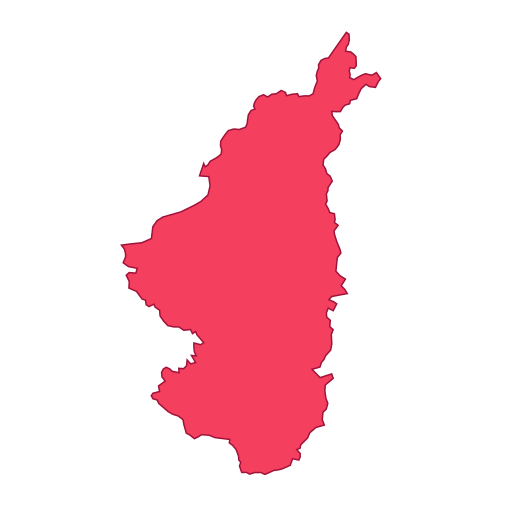 the district of Salto do Jacuí, Rio Grande do Sul, Brazil, rotated 267°
{"feature_id": "56859067B37643782089804", "entity_name": "Salto do Jacuí", "entity_type": "district", "adm_level": 2, "iso_a3": "BRA", "parent_name": "Brazil", "parent_adm1": "Rio Grande do Sul", "projection": "robinson", "projection_center": [-53.231, -29.069], "detail": "fine", "context": "isolated", "style": "filled", "palette": "rose", "viewbox_px": 512, "rotation_deg": 267, "n_neighbors": 0, "source": "geoboundaries", "source_scale": "gbopen_adm2", "svg_char_len": 3392}
<svg xmlns="http://www.w3.org/2000/svg" viewBox="0 0 512 512"><g transform="rotate(267 256 256)"><path d="M474.6,357.9L450.0,338.7L449.6,334.9L447.9,331.1L443.7,328.4L440.5,328.5L437.2,326.9L433.1,325.6L427.5,326.4L422.6,324.1L418.7,322.6L415.0,321.5L413.1,317.5L413.4,312.6L412.9,307.3L415.9,305.9L415.6,300.1L414.5,294.9L417.8,294.0L420.0,289.8L417.0,284.9L416.7,280.2L414.2,276.0L416.7,271.9L415.0,267.3L412.0,264.3L409.0,262.5L405.8,261.4L402.9,262.7L401.5,258.6L397.5,255.8L392.5,254.7L389.0,254.2L385.2,252.4L383.2,246.0L384.0,240.5L382.7,235.0L379.7,232.2L376.2,229.4L372.5,226.8L367.9,226.3L363.9,227.3L359.6,226.5L357.6,223.9L355.5,220.4L353.0,215.2L349.4,212.7L347.8,209.7L351.1,208.6L339.0,203.8L337.8,213.0L328.4,213.8L319.4,211.2L313.2,203.6L309.6,196.4L303.9,183.0L299.8,165.0L296.4,159.0L290.6,154.5L278.9,152.5L275.2,142.6L274.6,130.9L273.9,122.2L269.7,125.0L264.9,125.9L261.9,125.7L256.2,123.0L252.1,128.1L249.9,136.8L245.2,135.1L246.1,128.5L243.6,125.4L237.2,128.1L230.6,127.4L227.0,134.7L219.0,140.0L217.7,143.3L213.0,143.8L211.1,146.6L213.2,151.5L210.2,152.6L206.9,156.9L201.1,157.1L195.6,160.5L191.1,164.3L189.5,170.2L189.2,175.3L185.6,180.0L186.0,186.8L181.8,188.5L183.7,191.7L180.4,192.9L172.2,199.2L170.3,196.1L172.4,189.4L167.9,189.2L163.6,189.4L159.4,191.0L160.1,186.3L152.7,190.1L151.7,185.1L155.8,181.8L150.0,180.9L147.3,177.8L147.9,173.0L143.5,173.1L145.2,166.4L147.8,163.9L149.6,160.5L147.9,157.4L144.6,155.6L140.2,155.8L135.8,158.7L131.4,151.9L125.7,152.6L124.4,146.0L122.0,144.1L118.8,145.6L117.4,149.7L113.8,151.2L105.3,160.0L102.3,164.6L100.4,169.8L96.4,174.5L91.3,175.2L82.8,177.1L80.6,180.7L76.8,184.9L78.4,188.8L80.4,192.3L79.5,199.7L76.8,205.5L74.2,220.2L70.7,219.6L68.3,222.6L63.8,226.0L57.0,228.1L53.3,228.1L50.8,230.0L47.2,228.5L40.6,230.4L40.4,235.2L38.5,238.1L39.8,243.3L39.5,249.6L37.4,253.4L39.0,257.8L40.9,262.4L41.2,266.4L41.9,270.4L43.6,275.2L45.3,279.3L51.6,281.9L50.0,288.1L53.0,289.6L56.5,289.8L60.5,286.5L61.8,290.0L65.0,290.7L71.6,298.0L76.7,300.5L81.6,306.8L83.6,315.4L89.1,313.6L96.4,314.7L99.5,318.2L105.2,320.0L110.0,318.4L117.5,317.7L123.5,318.4L129.8,326.7L134.3,325.4L131.2,313.6L137.4,308.2L140.0,306.0L140.8,310.0L141.8,314.1L146.4,315.8L149.0,318.4L152.8,320.3L158.1,325.6L164.2,327.1L173.7,327.1L178.4,329.2L181.7,325.9L187.8,326.9L191.3,323.4L195.5,323.3L200.2,325.4L197.3,330.2L204.0,334.1L206.3,331.1L208.5,326.5L211.6,329.5L213.7,345.2L218.0,342.9L221.8,339.5L228.2,344.1L231.9,338.9L236.6,335.0L250.1,337.1L254.5,340.9L257.6,340.4L266.2,337.4L272.7,335.7L276.9,335.2L282.4,339.6L285.3,336.1L288.2,336.9L294.1,336.5L295.5,332.0L299.9,330.4L304.3,328.2L307.2,329.9L314.4,329.5L317.6,331.3L320.5,331.5L326.8,336.1L332.0,334.1L334.5,331.1L339.6,329.9L343.3,327.7L349.1,328.7L352.3,332.3L355.5,335.2L358.1,340.4L360.3,342.5L363.3,344.8L368.3,346.4L372.6,346.3L376.2,348.9L379.5,345.9L383.3,345.0L392.1,339.6L396.4,339.2L395.9,344.1L395.8,347.9L399.4,350.1L402.0,352.8L403.1,357.5L406.5,358.4L407.8,364.8L411.8,366.6L417.5,369.7L421.7,374.8L419.3,378.0L418.1,384.1L423.9,387.4L426.6,389.8L432.9,385.8L430.5,381.4L431.3,378.1L432.3,374.8L430.9,370.7L429.0,366.7L427.0,363.0L429.3,358.8L432.2,359.5L435.8,358.8L439.1,359.7L438.3,364.0L440.7,366.1L445.1,366.2L449.9,366.2L452.6,363.8L454.8,361.4L455.8,356.2L459.8,357.1L462.5,359.2L467.0,360.5L472.6,360.5L474.6,357.9Z" fill="#f43f5e" stroke="#9f1239" stroke-width="1.5"/></g></svg>